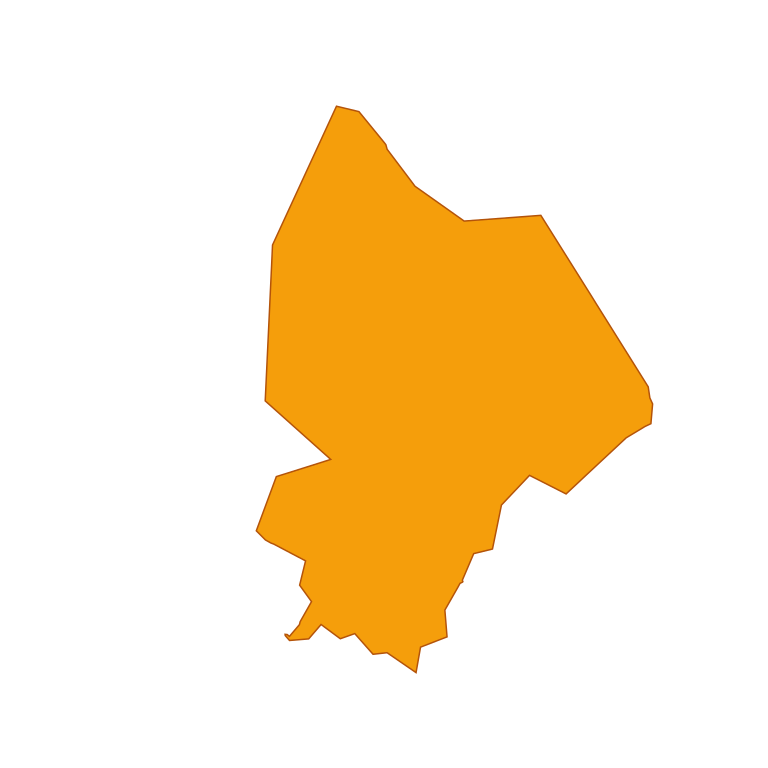 Lenoir, North Carolina, United States of America, rotated 145°
{"feature_id": "52423323B80658823199099", "entity_name": "Lenoir", "entity_type": "district", "adm_level": 2, "iso_a3": "USA", "parent_name": "United States of America", "parent_adm1": "North Carolina", "projection": "robinson", "projection_center": [-77.584, 35.217], "detail": "fine", "context": "isolated", "style": "filled", "palette": "amber", "viewbox_px": 768, "rotation_deg": 145, "n_neighbors": 0, "source": "geoboundaries", "source_scale": "gbopen_adm2", "svg_char_len": 891}
<svg xmlns="http://www.w3.org/2000/svg" viewBox="0 0 768 768"><g transform="rotate(145 384 384)"><path d="M525.3,369.9L572.8,337.0L570.6,324.3L567.8,318.5L566.2,316.2L549.7,284.1L568.5,267.6L568.2,247.3L589.0,237.4L591.3,235.4L606.2,231.5L607.0,234.3L608.6,235.7L609.2,234.6L608.5,228.1L591.9,218.4L573.5,223.1L565.9,200.4L551.1,196.3L548.0,168.9L535.6,162.1L523.3,129.2L505.0,147.5L477.4,140.7L463.8,163.9L440.1,175.1L436.1,177.1L433.5,176.7L432.8,176.8L432.3,178.4L407.8,193.6L389.8,186.6L357.2,217.5L317.2,225.7L297.9,189.5L270.6,193.4L216.5,201.0L194.5,199.5L188.1,198.4L175.4,213.6L174.2,220.1L169.2,230.1L164.1,328.8L163.7,335.6L158.8,432.2L224.9,471.5L245.2,528.2L245.3,532.1L246.8,574.5L245.2,579.0L245.3,581.3L248.3,621.5L263.6,638.8L395.6,561.8L407.9,545.8L417.8,533.0L491.0,438.3L470.9,352.8L473.2,353.5L525.3,369.9Z" fill="#f59e0b" stroke="#b45309" stroke-width="1.5"/></g></svg>